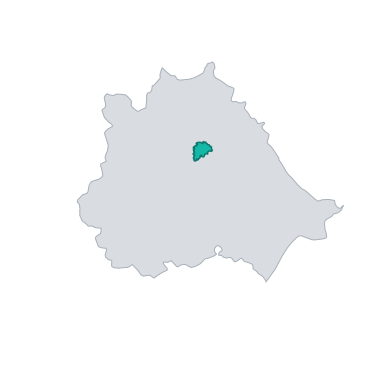 location of Hlusk, Mogilev, Belarus, rotated 223°
{"feature_id": "67162791B26256964844328", "entity_name": "Hlusk", "entity_type": "district", "adm_level": 2, "iso_a3": "BLR", "parent_name": "Belarus", "parent_adm1": "Mogilev", "projection": "orthographic", "projection_center": [28.734, 52.926], "detail": "fine", "context": "in_parent", "style": "filled", "palette": "teal", "viewbox_px": 384, "rotation_deg": 223, "n_neighbors": 0, "source": "geoboundaries", "source_scale": "gbopen_adm2", "svg_char_len": 6641}
<svg xmlns="http://www.w3.org/2000/svg" viewBox="0 0 384 384"><g transform="rotate(223 192 192)"><path d="M298.4,262.5L293.2,262.4L286.9,262.8L283.5,265.4L279.6,264.3L276.9,265.8L270.9,272.7L268.6,276.4L266.4,282.1L265.1,286.3L265.9,289.2L267.2,291.8L267.5,294.7L268.1,297.0L266.6,298.7L265.8,301.1L263.1,300.8L259.8,298.5L259.0,295.2L256.5,293.0L254.8,291.8L252.1,291.7L247.8,292.8L242.1,293.7L237.9,294.0L235.6,295.2L232.1,296.4L230.8,295.1L228.8,291.3L227.2,287.6L226.2,285.9L225.2,285.5L224.1,285.6L222.8,286.8L221.8,288.0L218.2,289.4L216.6,290.8L214.9,294.2L213.8,294.0L212.6,293.2L211.2,289.3L209.3,288.4L206.4,288.3L202.6,287.5L199.7,286.3L198.6,286.6L196.8,288.2L194.8,288.4L190.6,286.9L189.7,287.6L187.3,291.8L186.1,292.0L185.5,291.4L185.9,287.8L183.4,286.4L179.3,286.1L176.4,286.6L174.9,286.4L174.2,285.7L170.8,279.4L168.9,279.0L165.5,279.2L160.6,278.3L154.9,276.8L151.8,276.2L150.2,274.7L146.7,274.1L137.3,271.2L133.5,270.5L127.8,270.3L119.2,269.3L113.6,269.3L111.0,270.1L108.0,270.4L97.7,270.6L94.0,271.1L92.9,272.3L91.5,275.1L87.0,279.7L82.6,282.7L81.9,283.0L79.6,281.1L77.6,280.3L75.2,280.0L73.5,280.4L72.4,281.2L72.3,285.0L72.0,285.3L70.5,280.7L71.0,276.6L72.2,274.3L73.5,272.3L73.2,269.1L74.7,265.0L75.0,262.0L74.6,260.7L73.7,259.1L71.2,257.3L70.1,255.9L66.6,253.9L63.2,251.4L62.7,250.0L63.0,249.2L63.7,247.8L66.7,244.0L69.9,240.3L71.9,238.8L82.2,234.5L83.8,232.8L84.4,229.9L84.6,223.8L84.4,218.3L83.9,214.5L82.5,207.2L78.5,192.2L76.6,176.8L78.5,177.8L83.1,178.5L86.8,177.7L88.7,177.6L90.4,178.1L95.2,177.5L96.3,179.0L98.4,180.3L102.7,178.8L106.6,176.9L110.5,177.4L111.1,176.3L112.3,171.0L113.5,169.9L118.1,170.7L119.9,169.8L121.8,167.2L124.6,165.7L126.9,165.8L129.4,164.0L130.5,165.3L130.9,167.6L130.1,169.3L130.4,170.1L132.0,171.0L134.8,171.1L136.6,170.4L137.1,169.4L137.2,167.6L136.8,165.8L135.7,164.3L133.5,163.4L131.9,163.3L131.7,162.4L132.3,160.4L133.9,156.7L135.7,153.4L136.8,152.2L137.0,151.0L136.9,149.0L137.0,145.3L138.7,140.2L140.9,136.4L143.7,135.3L147.0,134.7L149.2,133.0L150.3,130.9L151.3,127.6L152.4,127.0L160.3,127.6L161.6,124.4L162.3,123.5L163.9,122.5L165.0,121.4L164.6,120.4L162.6,119.8L157.9,119.1L156.9,118.0L157.3,116.7L158.7,113.3L160.0,109.0L160.7,105.6L160.9,103.6L161.5,103.0L165.4,102.5L166.7,101.9L170.1,97.3L172.6,96.6L179.1,97.9L182.0,97.9L185.8,98.3L186.1,97.8L187.5,93.2L194.0,86.0L197.4,83.4L199.6,82.9L200.3,83.0L203.7,86.9L204.5,87.1L206.8,85.5L210.7,85.4L212.5,86.7L215.1,91.5L216.5,92.1L220.3,89.4L222.4,88.5L223.8,88.5L231.1,92.2L231.6,93.3L231.7,94.7L230.6,99.1L232.1,101.7L233.9,103.5L237.6,100.5L239.0,99.6L240.5,99.6L242.5,98.5L243.9,96.8L245.3,96.2L247.9,96.5L252.7,96.0L258.4,98.5L258.9,99.3L261.8,102.3L262.8,103.8L263.8,104.3L265.3,105.7L267.3,106.6L268.7,106.3L269.4,106.7L270.1,107.9L270.2,109.9L270.1,115.6L268.2,118.7L268.0,119.8L268.1,121.0L269.8,123.5L272.0,127.2L272.5,129.5L272.6,131.1L269.9,136.1L269.0,137.3L268.4,139.7L268.1,142.2L268.4,143.2L273.3,147.0L276.9,149.0L277.7,150.0L277.8,150.7L276.1,154.9L275.9,156.1L278.9,157.7L280.5,160.4L282.1,164.8L285.0,169.0L295.4,174.9L296.4,176.0L296.7,177.3L296.5,180.3L294.9,185.9L296.7,186.7L301.2,186.3L306.8,186.7L313.6,190.3L313.7,192.1L313.1,193.8L313.6,195.4L314.4,196.8L320.4,201.0L321.1,202.2L321.3,204.4L321.2,205.9L319.6,206.4L317.9,207.2L315.1,209.2L314.1,212.0L309.5,215.9L306.7,217.7L304.4,217.9L298.8,217.4L296.8,215.6L295.9,214.0L293.8,213.3L290.9,213.4L287.1,213.8L286.3,214.3L285.7,216.4L284.2,220.0L283.1,222.0L288.3,228.8L290.9,231.5L291.8,233.2L291.8,234.5L290.6,236.0L290.9,238.9L293.5,242.7L292.7,243.4L292.7,248.2L292.9,253.3L293.6,254.5L295.0,255.4L296.2,257.2L298.2,261.4L298.4,262.5Z" fill="#d9dde1" stroke="#a8b0b8" stroke-width="1"/><path d="M222.0,230.4L221.9,230.3L221.8,230.2L221.5,230.2L221.3,230.1L221.1,230.2L221.0,230.3L220.9,230.4L220.7,230.4L220.5,230.5L220.3,230.4L220.3,230.2L220.4,229.7L220.4,229.3L220.3,229.1L220.3,228.9L220.5,228.6L220.9,228.5L221.0,228.4L221.1,228.2L221.2,227.9L221.1,227.7L221.0,227.4L221.0,227.2L220.9,227.0L221.0,226.8L221.1,226.7L221.3,226.6L221.5,226.4L221.5,226.2L221.5,225.7L221.3,225.6L221.1,225.4L221.0,225.2L220.9,225.1L220.7,225.0L220.6,225.3L220.5,225.5L220.5,225.8L220.3,225.8L220.1,225.7L220.1,225.3L220.1,225.2L219.8,224.9L219.7,224.8L219.6,224.7L219.8,224.5L219.9,224.3L220.0,224.2L219.8,223.9L219.6,223.8L219.5,223.7L219.4,223.6L219.2,223.7L219.0,223.9L218.8,223.9L218.7,223.8L218.7,223.6L218.8,223.4L218.7,223.2L218.3,222.9L218.1,222.9L217.8,222.9L217.5,223.0L217.4,223.0L217.3,222.9L217.2,222.9L217.2,222.6L217.0,222.4L217.0,222.2L217.1,221.9L217.3,221.7L217.4,221.4L217.3,221.2L217.3,220.9L217.2,220.7L216.8,220.4L216.7,220.4L216.3,220.4L216.0,220.4L215.8,220.4L215.7,220.5L215.4,220.6L215.2,220.7L214.9,220.5L214.9,220.4L215.0,220.3L215.1,220.1L215.1,219.9L215.1,219.7L214.8,219.4L214.6,219.2L214.5,218.9L214.5,218.5L214.4,218.4L214.4,218.2L214.0,217.8L213.9,217.7L213.7,217.5L213.5,217.4L213.3,217.3L213.2,217.3L212.9,217.5L212.5,217.6L212.3,217.5L212.3,217.3L212.3,217.1L212.3,216.9L212.2,216.7L211.9,216.5L211.7,216.5L211.3,216.5L211.1,216.6L210.9,216.9L210.7,217.2L210.6,217.4L210.6,217.7L210.5,217.9L210.4,218.1L210.2,218.2L210.2,218.4L210.4,218.6L210.7,218.9L210.8,219.1L210.9,219.4L210.7,219.5L210.0,219.5L209.7,219.5L209.5,220.0L209.5,220.3L209.8,220.5L209.9,220.9L209.8,221.3L209.7,221.6L209.5,221.9L209.5,222.3L209.8,222.9L210.1,223.1L210.1,223.5L210.1,223.9L210.5,223.9L210.7,224.4L210.5,224.6L210.4,225.0L210.0,225.2L209.7,225.2L209.3,224.8L208.9,224.7L208.5,224.8L208.2,225.0L207.8,225.4L207.5,225.6L207.4,226.0L207.6,226.6L207.7,227.0L207.8,227.4L208.1,227.7L208.2,228.1L208.3,228.9L208.2,229.3L207.8,229.6L207.4,229.9L207.0,230.2L206.5,230.4L206.5,230.7L207.2,231.2L207.7,231.5L207.7,232.3L207.6,233.3L207.3,233.8L206.9,234.2L206.5,234.6L206.1,234.6L205.8,234.7L205.5,235.5L205.4,236.0L205.7,236.5L206.3,236.5L206.8,236.6L207.2,236.9L207.5,237.2L207.8,237.5L208.1,237.7L208.4,238.1L208.5,238.0L208.8,237.9L209.1,237.8L209.3,237.8L209.6,238.1L210.0,237.9L210.6,237.8L211.0,238.0L211.5,238.1L211.8,238.1L212.2,237.8L212.5,237.5L213.0,237.4L213.4,237.4L213.8,237.6L214.2,237.6L214.5,237.5L214.7,237.3L215.0,237.2L215.4,237.4L215.6,237.6L215.9,237.9L216.1,237.8L216.3,237.5L216.5,237.2L216.7,236.9L217.0,236.7L217.4,236.6L217.8,236.7L218.1,236.5L218.1,236.2L218.0,235.9L217.9,235.8L217.5,235.7L217.3,235.4L217.2,234.9L217.3,234.6L217.5,234.4L218.0,234.4L218.3,234.6L218.7,234.4L219.0,234.3L219.3,234.1L219.7,234.1L219.9,233.9L220.2,233.6L220.5,233.3L220.9,233.0L221.1,232.7L221.2,232.2L221.4,232.0L221.8,231.8L221.9,231.5L222.1,231.2L222.1,230.8L222.0,230.5L222.0,230.4Z" fill="#14b8a6" stroke="#0f766e" stroke-width="1.5"/></g></svg>